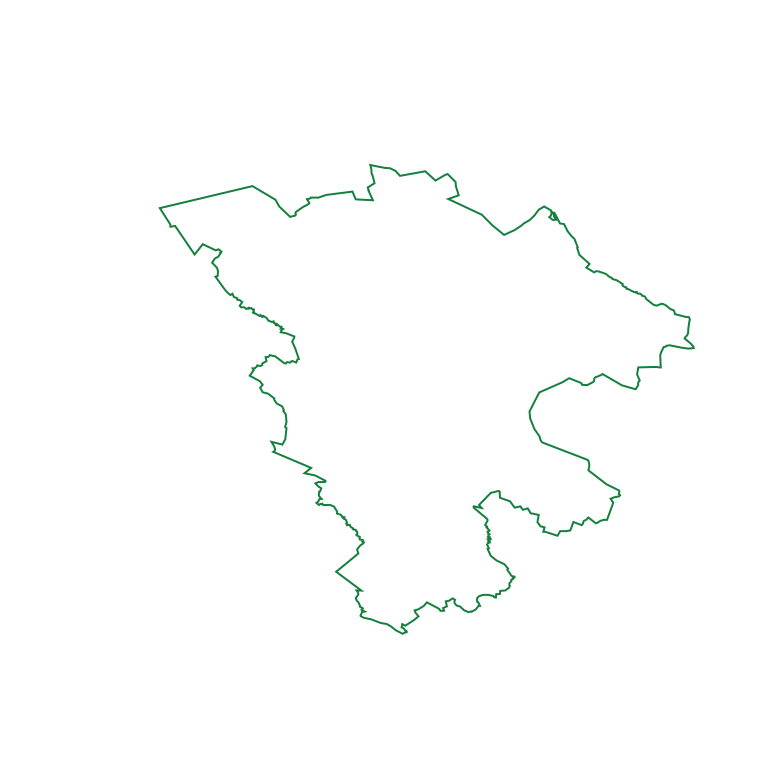 the district of Ēdoles pag., Kuldigas, Latvia, rotated 22°
{"feature_id": "27541924B33220352308634", "entity_name": "Ēdoles pag.", "entity_type": "district", "adm_level": 2, "iso_a3": "LVA", "parent_name": "Latvia", "parent_adm1": "Kuldigas", "projection": "natural_earth1", "projection_center": [21.68, 57.04], "detail": "fine", "context": "isolated", "style": "outline", "palette": "green", "viewbox_px": 768, "rotation_deg": 22, "n_neighbors": 0, "source": "geoboundaries", "source_scale": "gbopen_adm2", "svg_char_len": 6153}
<svg xmlns="http://www.w3.org/2000/svg" viewBox="0 0 768 768"><g transform="rotate(22 384 384)"><path d="M449.4,608.0L453.0,608.3L460.4,607.0L470.7,606.8L476.4,605.5L481.6,606.2L487.2,607.9L494.7,608.6L498.0,605.3L497.5,604.7L496.0,604.7L494.0,603.3L491.5,603.0L490.9,599.8L494.3,600.1L500.5,591.2L503.0,586.5L499.1,584.4L497.2,582.4L500.1,580.2L504.0,574.9L505.6,570.4L519.3,571.8L521.3,573.2L524.6,571.7L522.8,569.6L525.6,566.6L522.7,562.4L525.6,560.5L527.9,557.1L530.7,557.5L530.8,559.5L531.6,560.8L534.3,562.2L537.7,561.8L542.8,563.7L547.6,564.0L550.0,562.2L550.5,562.4L553.5,558.7L554.8,554.3L556.1,553.8L553.2,551.1L552.4,551.3L551.1,549.5L550.6,547.4L551.6,545.2L554.7,542.5L559.6,540.5L564.2,539.7L565.7,539.8L566.0,540.4L567.7,540.1L566.8,536.8L570.1,535.3L569.2,532.3L573.8,530.0L576.2,526.2L576.3,524.0L575.4,523.3L574.9,521.9L575.9,519.3L575.4,517.7L576.6,516.6L576.1,515.4L577.5,514.6L577.2,513.7L575.3,514.2L573.9,514.0L567.9,510.1L568.2,508.7L563.2,506.0L554.5,505.5L547.3,503.3L541.8,498.0L542.8,496.9L539.7,494.4L540.1,492.8L540.8,491.9L539.8,491.9L539.8,491.5L541.0,491.2L539.3,489.9L540.0,489.7L539.0,489.2L540.3,488.8L540.8,487.9L539.1,487.8L539.2,487.1L540.1,487.1L539.2,486.2L538.1,487.2L537.6,486.8L537.8,485.4L537.1,484.5L537.8,483.7L536.9,483.6L535.4,482.1L536.8,480.4L532.8,478.5L533.2,477.9L533.0,477.6L530.6,476.8L531.2,471.9L530.4,470.6L513.5,465.0L513.0,464.0L512.2,463.9L520.9,462.4L517.4,460.6L523.8,445.0L530.3,440.2L531.6,440.5L534.1,446.0L544.8,445.6L551.5,449.7L556.3,446.4L559.9,448.6L563.9,445.5L568.4,448.9L576.5,447.4L578.0,454.6L582.3,457.3L586.6,456.8L587.1,461.3L588.4,460.7L601.7,459.7L602.5,454.4L607.6,452.4L611.6,450.0L611.3,441.0L620.2,440.8L620.7,439.2L620.5,436.2L622.5,433.9L623.4,431.2L632.6,433.8L634.0,432.6L635.8,429.9L638.6,427.7L641.7,426.4L641.0,408.2L637.1,405.5L640.2,402.6L644.1,400.1L644.6,398.7L642.8,398.0L642.8,396.3L641.9,394.7L627.7,393.6L605.9,387.5L604.9,382.5L602.7,379.0L601.6,378.1L552.7,378.9L550.2,377.4L547.8,374.3L540.4,369.5L532.3,361.0L529.2,354.9L531.1,333.7L548.9,315.4L553.5,309.3L566.7,309.2L567.9,310.6L573.0,308.8L577.2,303.8L577.6,302.5L576.9,299.8L577.2,299.0L582.3,294.0L582.8,292.9L605.2,296.1L619.3,294.6L620.1,289.9L619.1,287.3L619.8,285.0L615.0,280.2L613.6,273.3L629.6,266.4L634.4,265.0L629.3,253.8L629.1,250.4L629.4,245.1L631.2,243.9L631.4,242.9L634.3,241.1L647.0,238.7L653.1,237.1L657.7,234.7L656.8,233.5L653.8,231.8L645.7,229.2L645.8,227.7L646.8,225.4L646.9,222.9L645.4,218.6L643.6,211.3L643.6,210.0L641.9,207.8L637.8,208.9L627.6,210.2L626.1,208.1L624.9,207.2L621.4,207.2L615.6,205.4L612.3,205.3L610.9,206.0L607.3,209.3L604.3,209.6L595.6,207.1L593.1,205.2L590.1,205.4L590.0,205.0L587.7,204.3L586.0,205.0L583.6,204.9L583.7,204.2L581.2,205.1L574.7,204.5L573.3,204.9L572.5,203.6L571.3,204.0L568.8,203.5L568.1,203.1L567.9,201.9L560.7,200.6L556.7,201.1L555.4,200.3L553.1,200.3L548.5,198.8L541.1,199.2L538.4,199.9L537.0,201.8L528.0,200.3L529.6,195.7L516.8,191.1L512.1,185.5L512.5,184.8L506.3,178.2L502.5,176.7L497.1,173.6L491.0,168.3L487.0,169.2L478.0,161.5L476.7,161.6L479.2,165.3L482.2,167.2L478.9,168.7L474.7,167.3L475.6,165.6L475.6,163.6L474.0,160.5L466.0,159.4L462.2,164.4L460.4,171.3L457.8,177.2L453.4,182.9L451.9,185.9L447.5,192.3L439.5,200.8L425.1,196.3L411.3,190.4L374.3,188.4L382.6,181.1L376.5,173.6L374.7,169.9L364.3,165.5L362.4,167.2L355.5,176.1L342.6,171.3L320.9,185.0L314.8,182.1L308.7,181.7L304.0,183.3L289.3,186.1L291.5,189.1L293.8,193.7L295.4,195.0L300.0,201.4L295.3,207.9L297.6,210.6L297.4,210.7L304.9,217.8L288.6,223.4L282.7,217.4L259.7,230.3L253.4,235.7L246.2,238.6L246.3,239.1L245.5,240.1L243.3,241.5L247.0,244.2L246.9,245.1L242.4,250.5L237.8,257.7L237.9,258.8L238.8,259.9L238.7,261.0L234.4,264.2L220.4,258.7L214.3,253.8L187.9,249.8L110.3,304.9L126.1,316.1L127.1,318.2L131.1,315.7L159.9,334.9L163.6,322.3L177.8,323.1L180.2,321.1L183.7,322.2L183.0,323.8L183.5,323.9L182.7,328.0L180.1,331.1L179.2,335.9L185.8,338.9L188.0,341.9L189.3,346.2L187.5,347.6L201.1,356.1L205.2,358.1L208.3,359.1L209.6,357.1L212.3,359.6L215.7,359.4L216.3,360.8L218.7,360.3L221.9,361.1L220.9,365.5L222.7,366.4L225.3,365.4L227.3,365.5L228.0,366.0L230.0,365.0L229.7,364.3L230.1,363.8L231.5,364.1L232.6,363.3L233.7,364.0L235.2,363.6L235.6,363.7L235.8,364.6L235.5,364.9L236.2,365.9L235.7,366.7L236.3,367.2L237.4,366.8L243.3,367.5L243.6,366.4L246.2,367.5L246.4,367.2L246.0,366.3L246.4,366.0L250.5,366.8L253.0,368.5L256.8,368.5L258.2,367.3L258.9,368.5L261.9,368.6L261.2,369.6L261.6,369.9L262.8,369.8L263.5,369.0L266.2,369.8L267.4,369.4L267.4,371.2L268.6,370.6L270.0,370.8L268.8,372.4L268.8,374.7L274.3,373.6L283.1,373.5L283.4,374.7L283.0,379.1L288.5,384.4L295.7,392.7L294.6,393.6L294.5,397.0L290.5,397.0L289.6,397.7L289.1,399.3L285.8,400.1L285.4,401.7L283.8,402.1L272.7,399.1L267.2,400.1L266.8,402.0L264.2,403.5L266.5,406.9L263.5,410.5L264.0,412.2L262.5,413.7L259.5,414.2L259.5,415.6L258.3,417.9L256.4,418.7L258.0,420.0L256.4,426.6L267.9,427.9L271.8,430.2L270.6,433.9L274.6,437.1L280.1,436.4L287.8,438.5L288.2,439.8L292.0,442.3L297.9,442.9L300.9,445.6L300.7,446.7L304.3,448.9L307.9,455.9L308.4,460.9L310.1,461.4L313.2,472.2L312.5,478.2L301.3,479.8L305.7,483.1L307.7,485.5L307.6,487.0L306.7,488.4L347.9,489.1L343.7,496.5L354.6,494.6L366.0,495.7L366.3,496.4L365.8,497.1L360.0,499.5L357.6,501.8L361.5,503.6L364.9,504.2L365.0,507.4L364.2,508.1L364.8,509.4L364.7,510.5L366.0,512.4L369.2,514.0L367.2,515.0L367.1,517.5L365.9,519.5L369.0,520.6L369.9,519.0L371.1,519.0L371.6,518.1L373.0,519.0L379.4,516.3L383.6,516.4L388.3,519.8L388.9,521.7L392.5,521.4L394.0,521.9L394.8,522.9L397.1,522.4L396.8,523.9L399.1,524.0L400.3,524.9L401.8,526.8L401.3,527.5L402.6,528.8L405.0,527.4L406.4,528.9L409.2,529.4L409.1,529.8L409.8,530.4L412.3,529.8L412.7,530.5L414.2,530.8L415.5,532.9L414.8,534.0L415.1,534.5L418.9,534.9L419.2,536.5L420.0,537.3L422.0,536.6L423.2,536.8L422.8,538.2L423.7,538.8L424.7,538.5L424.4,539.8L422.6,542.3L421.0,547.4L423.7,550.8L410.0,576.0L440.4,584.0L435.9,585.7L437.9,586.9L439.1,588.8L438.0,593.0L440.0,595.2L441.8,595.8L445.0,598.8L445.0,599.4L448.4,599.9L447.8,601.8L451.4,602.2L449.1,603.6L449.0,607.6L449.4,608.0Z" fill="none" stroke="#15803d" stroke-width="2"/></g></svg>